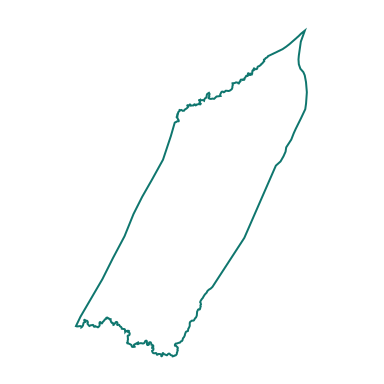 outline of Feuang, Vientiane, Laos, rotated 2°
{"feature_id": "54806243B7670424419028", "entity_name": "Feuang", "entity_type": "district", "adm_level": 2, "iso_a3": "LAO", "parent_name": "Laos", "parent_adm1": "Vientiane", "projection": "albers", "projection_center": [102.059, 18.657], "detail": "fine", "context": "isolated", "style": "outline", "palette": "teal", "viewbox_px": 384, "rotation_deg": 2, "n_neighbors": 0, "source": "geoboundaries", "source_scale": "gbopen_adm2", "svg_char_len": 5943}
<svg xmlns="http://www.w3.org/2000/svg" viewBox="0 0 384 384"><g transform="rotate(2 192 192)"><path d="M178.4,356.9L179.6,356.6L180.6,355.9L181.3,355.9L182.2,354.9L182.5,354.2L182.5,353.1L182.9,352.3L182.9,351.4L183.3,350.9L183.3,350.5L182.9,349.9L182.9,349.6L183.3,348.6L183.3,348.3L182.7,347.4L182.1,347.1L181.5,346.3L180.4,346.2L180.2,345.6L180.4,344.8L181.2,344.0L182.3,343.9L183.9,343.2L185.1,343.0L186.0,341.8L187.0,341.4L187.6,340.6L188.1,338.5L189.0,337.4L189.8,335.6L189.9,334.6L190.7,332.2L191.3,331.6L192.5,331.2L192.8,331.0L193.1,328.7L193.7,327.8L194.4,325.9L194.3,323.0L194.6,322.1L194.9,321.7L196.5,320.5L197.5,320.6L198.4,320.2L199.5,318.1L200.4,317.2L201.1,315.3L201.3,311.4L202.1,309.5L202.6,309.0L203.5,309.2L203.9,309.0L204.2,308.2L204.4,306.8L204.7,306.1L204.4,305.4L204.4,304.8L204.9,304.0L204.4,302.3L204.0,301.8L204.5,300.4L205.5,298.7L206.5,297.5L207.1,296.2L208.4,294.0L210.2,292.0L210.7,290.7L211.1,290.2L212.3,289.0L214.0,287.9L215.7,286.2L245.9,236.0L274.9,162.7L279.4,158.4L282.2,153.1L284.1,148.4L284.6,144.1L289.4,136.1L291.6,129.8L293.5,125.2L298.4,114.4L302.3,105.3L302.9,99.6L303.3,88.3L302.1,78.2L300.6,71.5L299.1,68.3L296.0,65.0L294.3,60.6L293.8,55.9L294.0,52.0L295.5,38.0L299.1,26.8L295.4,30.0L293.3,32.3L284.5,40.6L280.9,43.6L277.5,46.1L263.2,53.6L262.9,54.3L262.0,55.1L261.0,55.6L260.2,56.7L259.3,57.2L259.2,57.6L259.6,58.4L259.6,58.9L259.0,59.3L258.4,60.2L258.0,60.5L257.8,61.1L256.7,61.8L256.4,62.5L255.5,63.3L255.3,63.3L254.7,63.9L253.9,64.1L253.3,64.6L253.1,65.0L252.8,66.5L251.9,67.0L250.8,67.1L250.5,67.0L250.1,66.4L249.7,66.3L249.6,66.5L248.9,67.8L249.4,68.2L249.2,68.4L248.3,68.5L248.1,68.9L248.0,71.8L247.6,72.6L247.3,72.6L246.5,71.7L245.0,71.8L244.9,72.2L245.3,73.0L244.8,73.0L244.5,72.8L244.5,71.6L244.2,71.4L243.8,71.6L243.9,72.2L243.8,73.7L243.5,74.1L243.0,74.1L242.6,73.8L242.2,74.0L241.6,74.9L241.3,75.8L240.6,76.3L240.4,76.8L240.5,77.7L240.3,78.0L239.2,78.2L239.2,77.7L236.8,78.1L236.6,78.6L236.6,79.7L236.4,79.9L236.1,79.7L235.9,79.8L235.4,81.2L235.0,81.9L234.5,81.8L234.1,81.2L232.2,80.9L230.7,81.7L228.7,81.9L228.7,82.4L229.1,83.6L228.7,84.8L228.7,86.4L228.1,87.9L226.5,89.2L225.7,89.6L224.9,89.8L223.0,89.6L222.0,89.7L221.0,90.9L220.3,91.2L220.0,91.2L219.6,90.7L218.6,90.6L217.9,91.1L216.8,93.5L216.8,94.3L217.2,95.0L215.8,95.3L213.2,95.7L210.9,98.1L210.5,98.1L209.4,97.9L208.3,98.2L207.1,98.3L206.0,98.0L205.3,97.6L205.3,97.0L205.8,96.4L206.0,95.9L205.7,95.1L206.1,93.8L206.1,93.3L205.5,92.3L203.9,93.4L203.5,94.2L203.3,94.8L203.4,95.6L203.3,95.9L202.7,97.4L201.7,98.0L201.2,98.9L200.9,100.4L199.7,99.7L199.0,99.9L197.8,99.9L197.5,99.8L197.2,99.4L196.8,99.7L196.0,99.8L195.9,100.2L196.6,100.8L196.9,101.6L196.4,102.2L196.4,102.6L197.6,103.5L197.3,104.1L196.8,104.1L196.1,103.9L195.4,103.9L194.6,104.3L193.9,104.3L193.1,105.1L192.6,105.3L192.1,105.1L191.7,104.3L191.3,104.3L190.2,105.5L188.9,105.5L187.8,105.8L187.5,105.5L187.2,104.7L186.9,104.6L186.1,105.5L184.6,105.4L184.4,105.5L184.3,105.8L185.5,106.3L185.4,106.8L184.6,107.8L183.8,108.6L181.8,110.0L181.2,111.0L179.9,111.2L178.6,110.4L177.7,110.7L176.9,110.4L176.6,110.6L176.6,111.6L176.2,112.0L175.6,112.5L175.3,113.3L175.3,114.3L174.7,114.6L174.6,114.8L174.7,115.5L174.5,115.8L174.3,117.1L174.1,117.4L174.1,117.7L174.4,117.8L174.7,117.5L174.6,118.4L175.1,118.9L175.4,119.7L176.0,120.5L176.3,121.5L176.1,121.8L175.3,121.8L174.2,122.1L173.6,122.7L173.0,122.8L172.3,123.4L168.9,136.9L161.9,160.7L151.6,181.0L142.4,198.5L134.3,216.1L126.1,238.6L115.3,260.8L105.5,282.2L84.9,320.5L80.7,330.1L81.3,330.3L82.5,330.3L84.9,329.9L85.8,330.1L86.2,330.6L86.2,331.1L86.5,330.9L87.1,330.2L87.7,329.1L88.2,326.6L88.8,326.0L89.9,325.6L89.9,325.1L88.8,324.1L88.8,323.7L89.2,323.5L90.1,324.1L91.6,324.4L92.1,324.9L92.5,325.8L92.2,326.7L92.2,327.4L93.0,328.2L93.4,328.9L94.2,329.5L95.5,328.7L96.0,328.6L96.8,328.6L97.6,328.3L98.1,328.6L98.6,329.8L99.0,330.1L99.5,330.0L100.0,329.5L100.5,329.9L101.4,329.9L102.7,330.5L103.5,329.9L104.2,328.9L104.4,328.0L104.1,326.3L104.3,325.5L104.7,325.2L105.0,325.3L106.1,326.4L106.6,326.4L107.0,325.8L107.2,325.2L108.9,323.3L109.2,322.5L110.8,321.6L110.8,320.7L111.4,320.5L111.9,320.5L112.5,321.1L113.1,321.1L113.7,321.8L114.1,321.8L114.3,322.2L115.1,322.0L115.3,323.6L115.7,324.7L116.1,325.1L116.7,325.3L116.8,325.8L117.1,325.9L117.8,325.9L118.1,326.2L118.0,327.3L118.1,327.6L118.4,327.5L118.5,327.1L118.8,326.7L119.5,326.2L120.2,324.9L120.8,324.5L121.5,324.6L122.0,325.3L122.0,326.2L121.8,326.8L121.8,327.2L122.2,327.5L123.2,327.2L123.8,327.3L124.7,328.7L125.9,329.4L126.5,330.4L126.6,331.1L129.4,331.4L129.8,332.0L130.1,334.1L130.3,333.8L130.9,333.7L131.6,333.1L132.8,332.9L133.6,333.0L133.9,333.2L133.8,333.6L132.8,334.0L133.2,334.3L133.9,334.5L134.5,335.1L134.7,335.9L134.5,336.9L133.9,337.5L133.0,337.7L132.7,338.2L133.1,340.5L133.0,341.0L133.2,341.5L132.8,343.4L133.1,344.2L133.0,344.9L132.5,345.1L132.7,345.5L134.0,345.7L135.5,346.3L136.6,346.9L137.1,347.9L137.3,348.6L138.0,348.9L139.6,348.8L140.1,348.6L139.2,347.1L139.6,346.5L143.3,344.3L143.4,344.7L143.1,345.9L143.4,345.9L144.2,345.3L145.5,344.9L147.0,344.9L147.6,345.1L148.6,345.1L149.2,344.8L149.7,344.4L150.6,342.5L151.2,342.2L151.6,342.2L151.9,342.4L152.1,342.9L152.3,345.7L152.5,346.2L152.9,346.5L153.6,346.4L154.2,346.0L154.4,345.5L154.2,344.4L154.4,344.1L154.7,343.7L155.6,343.6L156.0,343.8L156.5,344.7L156.8,346.1L158.1,346.4L158.6,346.9L158.7,347.2L158.7,347.5L157.7,348.2L157.6,348.9L157.6,349.1L158.5,349.0L158.8,349.2L158.9,349.6L158.9,351.0L158.6,351.4L157.7,352.0L157.6,352.3L158.4,353.9L159.0,354.4L160.2,354.5L161.4,354.2L161.9,354.3L162.2,354.6L162.5,355.7L162.7,355.8L163.2,355.8L164.1,355.1L164.5,355.0L166.3,355.2L166.8,355.5L167.1,357.1L167.4,357.2L168.0,356.6L168.3,355.2L168.3,354.3L168.4,354.1L168.9,354.1L169.3,354.7L169.7,355.0L171.4,355.6L172.2,356.0L172.7,356.0L173.0,355.7L173.6,354.9L174.2,354.4L174.9,354.3L175.3,354.5L176.4,355.7L178.2,356.2L178.4,356.9Z" fill="none" stroke="#0f766e" stroke-width="2"/></g></svg>